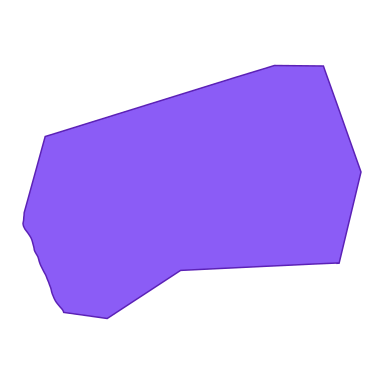 Chamical, La Rioja, Argentina
{"feature_id": "61730980B75694434489660", "entity_name": "Chamical", "entity_type": "district", "adm_level": 2, "iso_a3": "ARG", "parent_name": "Argentina", "parent_adm1": "La Rioja", "projection": "orthographic", "projection_center": [-66.28, -30.177], "detail": "fine", "context": "isolated", "style": "filled", "palette": "violet", "viewbox_px": 384, "rotation_deg": 0, "n_neighbors": 0, "source": "geoboundaries", "source_scale": "gbopen_adm2", "svg_char_len": 1191}
<svg xmlns="http://www.w3.org/2000/svg" viewBox="0 0 384 384"><path d="M323.4,66.0L274.4,65.5L260.4,69.8L237.0,76.9L51.1,134.7L45.2,136.5L29.0,195.3L24.2,212.6L24.1,214.2L24.0,215.7L23.8,217.3L23.7,218.8L23.6,220.3L23.3,221.9L23.0,223.4L23.2,224.9L23.6,226.4L24.3,227.8L25.0,229.2L25.9,230.4L26.9,231.7L27.8,232.9L28.7,234.2L29.5,235.4L30.4,236.8L31.1,238.1L31.7,239.5L32.2,241.0L32.6,242.5L33.0,244.0L33.4,245.5L33.8,247.0L34.1,248.5L34.3,250.0L34.9,251.5L35.6,252.8L36.4,254.2L37.2,255.5L37.9,256.8L38.4,258.3L38.8,259.8L39.2,261.3L39.7,262.8L40.2,264.2L40.8,265.6L41.5,267.0L42.2,268.4L42.9,269.8L43.6,271.2L44.3,272.5L45.1,273.9L45.8,275.2L46.4,276.7L46.9,278.1L47.5,279.6L48.1,281.0L48.7,282.4L49.2,283.9L49.7,285.3L50.3,286.8L50.8,288.2L51.2,289.7L51.5,291.2L51.9,292.7L52.4,294.2L53.0,295.6L53.6,297.1L54.2,298.5L54.9,299.9L55.6,301.2L56.5,302.5L57.4,303.7L58.4,304.9L59.4,306.1L60.4,307.3L61.4,308.4L62.4,309.6L63.2,310.9L63.7,312.4L107.2,318.5L136.8,299.1L143.4,294.8L180.6,270.4L257.2,266.7L265.4,266.3L289.2,265.2L311.8,264.1L337.4,263.0L337.3,263.3L339.1,263.2L361.0,172.0L340.4,113.8L337.0,104.2L325.7,72.6L323.4,66.0Z" fill="#8b5cf6" stroke="#5b21b6" stroke-width="1.5"/></svg>